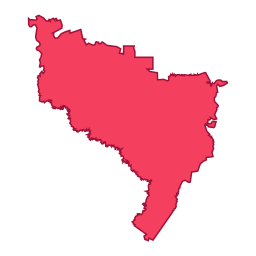 outline of Huimanguillo, Tabasco, Mexico
{"feature_id": "50627088B79182131187687", "entity_name": "Huimanguillo", "entity_type": "district", "adm_level": 2, "iso_a3": "MEX", "parent_name": "Mexico", "parent_adm1": "Tabasco", "projection": "albers", "projection_center": [-93.695, 17.762], "detail": "fine", "context": "isolated", "style": "filled", "palette": "rose", "viewbox_px": 256, "rotation_deg": 0, "n_neighbors": 0, "source": "geoboundaries", "source_scale": "gbopen_adm2", "svg_char_len": 5760}
<svg xmlns="http://www.w3.org/2000/svg" viewBox="0 0 256 256"><path d="M153.0,240.1L173.0,211.4L172.8,210.7L173.9,210.1L174.1,208.9L175.1,208.6L176.1,206.7L176.0,203.9L177.1,201.3L176.4,200.3L177.3,199.4L175.2,196.2L176.6,196.1L176.7,194.7L177.2,195.3L177.5,194.9L176.9,193.4L178.1,193.8L179.0,188.1L179.8,188.0L180.1,185.9L182.5,181.2L185.2,180.3L188.6,182.3L190.3,182.0L191.6,172.1L197.7,171.1L200.3,163.8L203.4,161.2L206.2,160.0L206.2,157.5L213.0,156.6L212.0,152.3L213.6,148.3L212.9,146.8L213.7,144.4L213.1,143.6L213.8,142.1L213.0,140.9L213.5,140.3L212.1,137.9L211.2,137.7L211.5,136.4L210.2,136.6L209.8,135.3L208.8,135.3L209.7,134.2L206.9,131.4L204.8,125.2L205.7,124.1L206.3,125.2L207.1,124.9L208.0,125.6L208.4,126.8L213.8,127.6L214.7,126.7L216.1,121.6L212.4,121.4L211.0,123.7L207.4,123.4L207.1,122.7L207.7,122.3L208.2,119.5L209.6,120.0L210.8,118.6L210.5,117.7L214.0,119.6L216.7,118.9L214.6,114.6L216.9,109.5L216.6,107.6L217.9,106.9L218.2,105.5L214.5,101.4L214.3,99.4L214.4,97.8L215.8,96.3L216.5,92.6L217.7,92.2L216.6,85.8L217.7,84.2L219.8,86.4L223.4,85.5L227.4,83.0L226.7,81.5L222.5,81.5L220.7,80.1L217.7,80.1L215.9,81.2L214.1,83.7L213.0,83.6L212.4,82.7L211.4,84.7L211.6,85.8L210.6,85.7L210.3,83.1L207.0,82.8L206.9,82.2L210.1,82.1L210.0,80.9L205.6,72.6L204.7,72.6L197.9,75.0L197.6,74.3L197.3,75.3L194.5,74.6L194.9,75.3L191.2,75.3L191.0,74.8L190.8,75.4L190.7,74.8L190.5,75.4L190.5,74.8L189.6,74.7L189.6,75.4L184.5,74.8L184.4,75.5L182.9,75.4L182.9,74.8L181.8,74.7L181.8,75.4L180.2,75.4L179.9,74.7L176.9,74.8L176.7,75.4L176.6,74.7L176.5,75.4L175.3,74.8L175.2,75.4L175.0,74.9L173.9,75.4L173.9,74.8L173.4,75.4L173.0,74.5L172.9,75.4L172.1,74.5L171.2,75.4L170.8,74.4L170.0,76.0L168.6,76.6L168.7,80.2L167.8,80.9L163.7,79.4L157.5,79.8L157.4,72.8L149.9,71.5L147.2,69.1L152.9,69.1L152.9,57.3L134.9,57.3L134.9,51.5L133.7,47.9L134.2,46.0L123.6,46.0L123.6,54.1L122.2,54.1L122.3,53.4L119.4,53.3L120.7,48.9L116.9,46.7L106.7,45.3L102.7,42.1L101.6,42.3L100.7,43.7L99.2,43.7L98.4,43.3L98.6,42.3L96.2,41.8L95.4,42.7L95.3,44.3L93.2,45.3L88.6,43.2L86.4,44.8L83.9,40.1L85.3,39.2L82.7,38.7L80.8,29.5L70.0,33.2L69.8,30.4L65.7,31.7L61.3,33.7L57.6,37.9L55.0,38.2L53.5,35.2L53.8,33.1L52.8,33.0L61.8,28.2L62.1,25.0L60.4,20.0L56.6,20.7L57.2,20.2L56.2,18.4L55.2,18.7L54.6,19.8L53.2,18.3L51.0,19.6L49.2,19.5L50.1,21.4L48.4,20.6L47.4,21.3L45.5,20.5L43.8,18.1L38.8,15.4L36.1,16.6L37.1,19.3L35.6,20.2L31.6,19.6L30.2,20.0L28.6,18.5L28.7,24.4L29.6,26.5L31.2,26.8L33.4,24.9L34.6,24.7L35.7,25.4L37.0,28.1L35.6,36.8L36.5,40.1L39.6,42.7L40.1,44.3L39.7,45.6L36.6,47.4L36.3,48.6L37.0,49.9L39.3,50.9L41.7,53.6L40.9,57.5L39.5,59.8L40.4,62.7L39.5,66.7L40.1,67.2L42.1,65.8L43.6,66.0L44.1,67.8L43.5,70.2L44.8,71.3L43.1,73.4L41.9,71.4L39.8,73.9L40.2,76.3L38.2,75.7L37.5,77.9L38.6,78.8L37.9,81.6L38.3,83.1L37.6,84.2L39.1,89.5L38.4,91.8L39.9,93.4L39.1,95.2L40.5,95.6L39.6,97.0L39.5,100.9L42.1,102.0L43.8,101.3L44.4,102.7L47.0,100.7L49.2,101.6L49.1,100.0L51.5,100.3L51.5,100.8L50.3,100.9L50.4,102.8L51.6,102.9L51.5,104.7L52.6,105.8L52.3,107.0L53.9,106.9L53.2,108.4L55.3,108.6L55.5,107.3L57.9,108.5L58.7,107.9L60.4,109.3L60.8,108.6L59.9,108.6L60.7,107.0L62.3,109.9L62.2,107.3L63.4,108.5L63.9,107.0L62.7,106.7L63.1,105.6L65.1,105.9L65.8,107.9L67.1,107.2L67.6,108.1L67.0,109.2L68.2,109.9L68.9,109.2L69.9,110.1L69.5,112.2L69.3,110.9L67.7,111.0L69.3,113.6L67.0,114.0L68.1,115.3L69.7,115.8L68.1,118.6L68.8,118.9L69.4,117.9L71.1,118.4L70.0,118.6L70.6,121.8L69.8,123.1L71.5,125.2L71.4,126.2L73.5,127.3L73.4,128.6L74.8,128.8L73.3,129.6L73.6,130.2L76.2,130.2L77.3,130.8L76.7,131.5L77.9,132.0L80.8,129.9L82.2,131.0L82.9,129.6L85.1,130.1L85.4,130.8L84.7,131.1L85.3,131.5L86.4,130.8L86.7,129.2L87.7,130.7L88.7,129.4L88.6,130.1L89.4,129.7L90.4,130.9L89.2,131.8L90.3,132.6L90.5,133.7L89.3,133.6L89.5,134.9L88.4,134.2L87.1,134.7L88.9,135.2L87.8,137.0L88.6,137.5L89.0,136.9L89.3,139.1L90.4,140.2L91.6,139.4L90.5,139.1L91.5,138.0L93.1,138.4L92.9,139.4L95.5,138.4L95.0,139.4L95.8,140.1L96.1,139.3L96.8,140.7L97.8,140.7L97.5,139.9L98.1,140.2L98.7,139.5L99.8,140.2L100.7,138.8L100.2,140.4L101.5,141.2L100.9,142.1L101.7,143.7L102.4,143.7L104.1,141.9L104.5,142.1L104.1,143.0L105.4,142.1L105.8,146.3L107.3,146.8L108.0,146.1L107.6,145.5L109.2,144.9L110.7,145.9L111.5,145.3L111.7,146.4L112.2,145.5L112.8,146.0L113.6,145.4L113.5,146.7L114.7,146.6L115.4,150.0L115.3,148.5L116.7,147.3L118.6,147.6L117.4,148.0L117.4,149.4L118.2,148.6L118.6,149.5L119.2,148.8L119.5,149.8L121.7,148.8L119.7,151.5L120.0,153.1L120.8,152.0L121.1,152.4L120.7,153.5L119.8,153.6L120.8,154.4L121.2,156.3L122.0,155.7L123.1,156.4L123.8,158.3L121.9,159.9L122.5,161.1L123.5,159.7L123.1,162.2L124.0,161.2L125.3,162.1L125.3,162.9L127.4,163.4L127.9,163.2L128.1,162.7L127.7,163.0L126.4,160.3L127.8,161.0L128.9,162.8L128.6,165.8L130.0,166.1L131.0,165.2L131.1,169.7L132.5,171.3L133.0,171.0L132.6,170.3L134.0,170.3L134.5,170.6L134.4,171.9L136.3,172.2L135.5,172.5L136.4,174.7L137.8,174.6L137.8,176.3L140.7,177.3L140.6,178.9L141.3,179.9L142.0,178.7L143.2,179.9L144.7,179.2L145.7,179.9L147.2,179.5L147.9,180.2L147.3,181.2L148.9,181.5L151.2,179.9L151.6,180.6L149.7,182.5L150.5,183.2L150.2,184.3L148.9,184.1L148.3,185.8L148.9,190.1L147.4,191.1L145.9,191.3L148.6,192.6L148.8,193.5L147.7,193.5L149.1,195.4L147.4,197.0L146.0,200.3L146.3,201.7L145.3,202.6L145.4,203.9L143.4,203.3L142.8,204.0L144.2,204.1L143.6,205.2L144.3,205.7L144.7,204.7L146.1,204.9L146.4,206.0L145.0,206.5L144.0,208.2L146.0,209.0L145.7,209.8L144.0,210.5L143.9,211.2L143.1,210.7L142.2,213.9L141.1,214.6L139.8,213.9L139.1,214.8L138.8,213.8L137.4,213.8L137.3,215.7L136.0,216.1L134.8,217.7L134.9,219.9L134.0,219.9L133.8,220.9L132.2,221.9L133.5,223.2L133.3,223.9L135.0,224.7L134.3,225.7L146.5,234.4L144.0,236.2L144.9,239.4L148.3,240.6L149.0,238.2L153.0,240.1Z" fill="#f43f5e" stroke="#9f1239" stroke-width="1.5"/></svg>